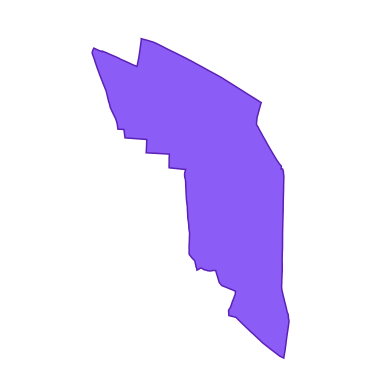 Valea Lupului, Iasi, Romania, rotated 197°
{"feature_id": "2599482B28860015951004", "entity_name": "Valea Lupului", "entity_type": "district", "adm_level": 2, "iso_a3": "ROU", "parent_name": "Romania", "parent_adm1": "Iasi", "projection": "robinson", "projection_center": [27.498, 47.198], "detail": "fine", "context": "isolated", "style": "filled", "palette": "violet", "viewbox_px": 384, "rotation_deg": 197, "n_neighbors": 0, "source": "geoboundaries", "source_scale": "gbopen_adm2", "svg_char_len": 4023}
<svg xmlns="http://www.w3.org/2000/svg" viewBox="0 0 384 384"><g transform="rotate(197 192 192)"><path d="M55.7,60.0L55.8,60.4L56.5,65.9L56.7,67.8L59.1,81.9L60.4,90.6L61.3,96.3L61.5,96.9L62.0,98.0L63.0,99.8L63.5,101.4L63.8,102.1L64.2,102.9L64.8,103.8L65.8,104.9L68.0,108.8L69.8,111.8L71.2,114.0L73.1,117.3L75.3,120.9L76.2,122.6L77.2,124.2L77.6,125.0L78.8,128.1L79.6,131.4L79.9,132.4L80.2,133.4L81.1,136.9L81.9,139.9L82.7,143.3L83.6,146.1L84.6,149.4L85.9,153.3L86.6,155.8L88.1,161.1L88.8,164.0L91.4,172.7L93.1,178.3L95.9,188.2L99.0,199.5L100.8,205.6L102.3,210.9L103.4,214.8L105.4,222.1L106.5,225.8L107.0,227.6L107.5,229.4L108.4,232.7L108.5,233.1L108.9,234.4L109.2,234.9L109.9,236.3L110.3,237.5L110.9,238.9L111.4,239.6L111.7,239.9L112.1,240.5L112.5,240.4L112.9,240.4L113.4,240.1L113.6,240.9L113.8,241.7L114.1,242.8L114.5,243.2L116.6,244.4L118.3,245.8L120.1,247.2L122.8,249.6L124.0,250.7L127.0,253.4L130.9,257.0L131.4,257.5L132.3,258.3L134.7,260.6L136.1,262.0L138.1,263.9L140.9,266.5L142.7,268.3L145.8,271.3L148.1,273.7L148.4,274.0L149.0,274.4L149.4,274.7L149.6,274.9L149.9,275.2L150.1,275.7L150.5,277.1L150.9,278.7L150.9,279.2L151.1,279.9L151.3,281.4L151.6,282.4L151.7,287.1L151.7,287.8L151.8,289.2L151.8,290.5L152.0,295.7L151.9,297.3L151.9,297.7L156.9,299.1L165.6,301.4L176.1,304.3L182.0,305.9L185.9,307.0L193.1,308.9L195.6,309.6L197.3,310.1L199.0,310.4L202.1,311.1L204.6,311.6L207.1,312.1L210.0,312.7L213.0,313.3L221.5,315.1L226.6,316.1L228.1,316.5L229.2,316.7L230.5,316.9L231.5,317.2L233.5,317.5L237.7,318.3L243.7,319.3L248.4,320.1L253.0,320.8L257.8,321.6L262.7,322.5L267.4,323.3L269.9,323.7L271.1,323.8L272.3,324.0L273.9,324.0L275.6,324.0L278.4,324.0L282.0,323.9L283.2,323.8L284.2,323.8L285.4,323.8L285.3,323.4L285.1,322.9L284.9,322.3L284.7,321.3L284.5,319.6L284.0,316.7L283.8,315.5L283.7,314.7L283.1,311.3L282.9,310.0L282.4,306.5L282.0,303.4L281.9,301.7L281.8,301.2L281.6,298.9L281.5,298.0L281.4,296.3L281.4,295.9L283.0,296.1L284.8,296.3L286.1,296.4L289.3,296.9L291.4,297.2L293.4,297.4L295.2,297.7L296.4,297.8L299.5,298.1L299.9,298.3L302.1,298.7L305.5,299.1L309.3,299.5L312.1,299.8L313.9,300.1L315.3,300.2L318.5,300.5L319.0,300.5L319.1,300.0L319.5,300.1L322.2,300.1L327.9,300.9L328.0,300.9L328.3,298.2L328.3,296.7L328.0,295.5L327.1,294.2L325.3,291.9L324.5,290.8L323.9,290.0L323.3,289.0L322.1,287.3L321.8,286.9L320.4,284.9L318.4,282.2L316.6,279.9L316.0,279.1L314.5,277.0L313.5,275.8L312.1,274.0L310.1,271.5L309.0,270.0L307.8,268.6L305.5,265.8L304.4,264.4L303.2,262.8L299.8,256.9L298.5,254.7L297.9,253.7L296.9,252.5L296.2,251.2L295.8,250.5L294.7,248.7L293.6,247.5L292.1,245.8L289.6,243.1L286.1,239.3L285.1,237.8L283.9,236.1L283.2,234.8L283.2,234.6L282.2,232.6L281.2,230.4L275.8,231.8L275.5,231.9L275.4,231.9L271.9,224.2L270.5,224.5L250.6,229.0L248.2,219.9L247.3,216.1L243.9,216.9L235.5,219.0L224.7,221.6L224.3,219.9L223.9,218.2L222.3,212.9L221.7,210.6L221.0,208.5L220.9,208.4L220.7,208.5L204.9,211.6L204.7,211.7L204.6,210.8L204.6,209.7L204.6,208.4L204.5,207.7L204.3,206.8L203.6,204.8L203.2,203.9L202.1,202.3L200.9,199.4L199.7,195.7L198.5,192.6L197.8,190.5L195.1,183.1L194.1,180.8L192.2,176.6L191.1,173.4L189.2,168.2L188.4,165.9L187.0,163.0L185.8,160.3L185.3,159.0L184.6,157.0L183.8,155.1L182.5,152.5L182.0,150.9L181.4,148.6L180.9,146.7L180.4,145.2L180.1,144.0L179.9,143.0L178.7,138.5L177.9,136.1L176.9,132.6L176.5,131.7L176.0,131.2L173.6,129.5L172.5,128.8L170.5,127.7L169.7,127.3L169.1,126.8L168.8,126.3L168.1,125.0L166.7,122.5L166.5,122.0L166.2,121.6L165.3,120.4L164.4,118.7L163.4,119.7L162.8,120.3L162.0,121.4L161.8,121.5L161.4,121.8L161.1,121.9L160.1,121.8L159.2,121.6L158.4,121.3L157.8,121.2L157.3,121.2L156.0,121.4L154.1,121.3L152.3,121.6L150.9,122.0L149.0,123.1L146.4,123.8L139.4,113.3L136.1,111.2L121.4,109.9L121.4,109.1L121.0,108.2L120.8,107.0L120.7,106.2L120.9,104.9L121.0,102.9L121.1,101.2L121.3,99.9L121.5,92.9L121.9,91.8L122.2,90.7L122.4,89.3L120.6,84.6L113.4,85.0L105.2,80.7L94.5,75.3L91.2,73.8L87.2,71.8L79.9,68.2L70.6,64.6L60.1,60.7L55.7,60.0Z" fill="#8b5cf6" stroke="#5b21b6" stroke-width="1.5"/></g></svg>